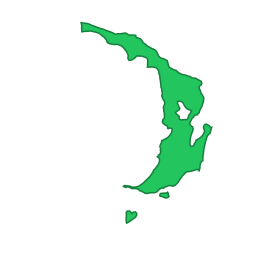 outline of Baku City, Bakı, Azerbaijan, rotated 111°
{"feature_id": "54616110B61947743987915", "entity_name": "Baku City", "entity_type": "district", "adm_level": 2, "iso_a3": "AZE", "parent_name": "Azerbaijan", "parent_adm1": "Bakı", "projection": "equal_earth", "projection_center": [49.825, 40.136], "detail": "fine", "context": "isolated", "style": "filled", "palette": "green", "viewbox_px": 256, "rotation_deg": 111, "n_neighbors": 0, "source": "geoboundaries", "source_scale": "gbopen_adm2", "svg_char_len": 5340}
<svg xmlns="http://www.w3.org/2000/svg" viewBox="0 0 256 256"><g transform="rotate(111 128 128)"><path d="M38.7,154.0L39.0,155.2L39.3,156.4L39.9,157.9L40.7,159.7L40.7,160.6L40.6,161.7L40.2,164.5L41.4,166.5L42.3,168.1L43.2,170.0L43.8,171.6L45.0,173.2L44.6,176.3L44.6,178.1L44.6,178.6L44.6,180.7L44.8,182.8L44.6,185.2L44.7,187.7L45.1,191.3L45.0,194.6L45.1,199.1L44.9,201.4L45.0,203.3L45.4,205.2L46.0,206.8L46.0,208.7L46.5,209.5L48.0,208.5L49.3,207.6L51.0,207.3L52.4,206.6L53.4,206.2L54.7,205.6L53.6,203.4L52.9,202.1L52.0,199.9L51.1,198.6L50.6,195.9L50.4,194.3L50.1,193.0L50.1,191.4L49.9,189.3L50.4,187.3L50.9,185.8L51.6,184.4L51.8,182.4L52.8,181.3L53.2,179.9L54.6,179.0L55.7,177.6L55.9,175.8L55.7,174.1L55.0,170.5L53.7,168.2L53.7,165.4L53.8,163.0L54.8,160.9L55.8,159.2L57.4,156.3L58.9,155.0L60.1,153.8L63.2,153.0L64.4,151.3L63.3,149.0L60.3,146.8L57.7,145.7L56.4,142.2L55.9,140.3L55.9,139.2L55.9,137.5L55.8,136.3L56.0,135.3L56.9,134.3L58.6,133.6L59.8,133.1L61.1,132.8L62.1,132.3L63.4,131.9L64.2,131.8L63.9,130.9L63.2,129.1L62.3,127.2L61.8,125.0L61.7,122.9L63.0,120.9L64.1,119.5L65.6,119.0L66.8,117.9L68.3,116.9L70.5,115.8L71.6,115.1L73.3,114.2L75.5,113.0L78.1,111.8L79.5,110.4L81.8,109.4L82.5,108.9L83.3,108.5L84.3,108.1L85.2,108.2L86.2,107.8L87.2,106.9L88.1,106.2L89.0,105.1L89.5,104.4L90.3,103.4L91.3,102.7L92.8,102.4L94.0,102.5L95.5,102.5L96.8,102.1L97.4,101.4L98.7,100.9L99.9,100.4L100.5,99.6L101.9,99.1L103.4,98.5L104.3,98.0L105.5,97.8L106.7,97.8L107.5,98.4L109.0,98.2L110.1,98.1L111.0,97.1L111.2,96.2L111.9,94.2L111.9,93.3L112.3,91.8L113.1,91.3L114.2,90.7L114.1,90.1L112.9,88.7L112.8,87.5L113.1,86.3L114.0,86.0L114.6,86.1L115.5,85.9L116.5,85.7L117.5,85.8L118.6,86.1L120.0,86.4L121.1,86.8L122.0,87.2L123.0,87.9L123.9,88.5L124.7,89.1L125.6,90.2L126.6,90.4L127.1,91.4L127.5,92.0L128.2,91.9L129.2,91.6L130.3,91.6L131.3,91.7L132.7,91.8L133.2,91.7L134.0,91.5L134.5,91.2L135.2,90.5L136.0,90.0L137.2,89.9L137.7,89.1L138.7,89.1L139.7,88.7L140.0,88.7L140.7,88.9L141.8,88.9L142.0,89.2L142.3,89.6L142.6,90.0L142.7,89.9L142.9,89.7L143.1,89.4L143.8,89.3L143.9,89.6L144.3,90.2L144.5,89.8L144.7,89.2L144.8,88.6L145.0,88.2L145.4,87.6L146.3,87.3L146.8,87.0L148.3,86.7L149.0,86.6L150.4,86.6L151.1,86.7L151.9,86.7L152.8,87.0L153.2,87.3L153.8,87.5L154.5,87.6L155.3,87.7L155.8,87.9L156.6,88.1L157.2,88.4L157.9,88.9L158.5,88.9L159.6,89.0L161.0,89.1L162.4,89.4L164.5,90.0L165.9,90.4L167.5,91.1L170.4,92.4L171.7,93.1L174.1,94.1L175.7,95.2L177.3,96.3L178.5,97.2L179.2,98.0L180.1,99.3L181.0,100.9L181.7,102.5L181.7,104.6L181.7,106.1L182.1,107.2L182.4,108.2L182.7,109.4L183.0,110.7L184.2,111.4L184.3,111.1L184.3,110.2L184.2,108.6L183.4,108.0L183.0,107.2L182.8,105.9L183.0,105.2L182.9,104.5L182.8,103.9L183.3,103.0L183.0,102.4L182.8,101.7L182.2,100.3L181.6,98.2L181.6,96.5L182.3,94.6L182.3,92.5L182.4,90.8L182.9,88.3L181.9,86.2L180.6,84.3L180.0,82.8L179.3,80.9L178.4,79.3L177.1,78.0L175.3,77.3L173.4,76.4L171.8,74.8L171.4,73.1L170.6,72.9L169.0,71.4L167.1,69.3L166.4,67.0L166.2,65.1L164.4,63.5L162.7,62.5L160.5,61.7L158.1,61.3L155.2,60.5L152.9,60.0L151.0,59.0L148.6,58.1L147.4,56.9L146.5,54.7L145.3,53.1L144.4,51.7L143.1,50.3L142.2,49.0L141.7,48.0L142.5,46.3L140.2,46.4L136.1,47.6L133.1,47.5L131.8,46.4L127.6,47.9L124.7,48.5L120.5,49.6L113.8,50.6L113.1,50.7L111.6,50.8L109.9,51.0L108.1,51.1L106.7,50.9L105.4,50.6L104.5,50.2L103.5,49.4L102.7,49.5L101.4,49.7L99.9,50.0L98.4,50.0L97.3,50.1L97.9,50.9L97.3,52.0L96.6,53.2L96.6,54.5L96.3,56.2L97.0,57.4L98.0,57.8L98.9,57.9L99.6,57.9L100.5,57.7L101.8,56.8L103.0,55.5L104.7,55.3L106.7,55.4L108.2,55.8L109.8,56.4L111.3,57.2L112.5,58.0L114.2,59.3L115.0,60.1L116.9,60.0L119.3,60.5L120.8,60.4L121.5,60.9L122.3,61.9L122.6,62.8L122.3,63.4L121.0,64.4L119.3,64.8L117.9,65.5L115.7,66.0L113.6,66.3L111.0,66.6L109.0,66.5L106.5,66.6L105.2,67.0L103.7,68.2L103.7,69.4L102.0,72.0L100.3,72.1L98.5,71.9L97.1,71.7L95.7,71.5L94.7,70.8L92.7,70.5L91.8,69.7L90.8,67.9L89.8,67.9L88.1,67.0L86.1,67.3L81.8,66.8L80.9,66.9L79.4,66.9L77.7,67.0L76.4,67.1L74.4,67.5L72.5,68.2L70.5,70.4L70.0,71.3L69.0,72.5L66.6,74.4L66.1,75.2L65.0,76.1L63.2,76.2L62.3,75.7L61.6,75.1L60.1,75.0L59.0,75.8L58.1,76.7L57.9,78.5L57.7,80.6L57.3,82.8L58.3,86.1L57.7,88.3L58.0,90.6L58.0,93.5L58.5,95.5L58.6,97.7L58.2,100.7L57.0,103.6L57.2,106.3L56.6,110.3L56.1,111.7L54.7,112.9L53.6,113.6L51.8,115.0L51.1,115.4L50.8,117.4L50.6,119.6L50.9,122.7L50.0,125.0L48.4,126.7L47.0,128.1L45.6,130.1L45.4,131.7L45.3,132.6L45.2,134.7L44.8,136.6L44.6,138.9L43.9,140.7L43.4,142.5L42.7,144.9L41.2,146.5L40.4,148.1L40.2,150.1L40.7,152.5L40.0,153.2L38.7,154.0ZM92.9,75.3L94.1,75.9L95.6,75.6L98.0,75.7L99.2,76.0L99.8,78.2L100.3,79.0L101.3,81.0L101.3,83.1L100.0,84.1L98.9,84.2L98.5,85.0L97.8,87.1L97.0,88.8L96.5,89.2L95.2,88.5L93.6,87.3L92.3,86.7L91.1,86.7L90.2,87.8L88.7,89.2L87.6,90.5L85.3,91.2L84.1,88.8L84.5,86.1L85.7,84.6L87.1,83.2L88.0,81.7L88.8,80.0L89.1,77.8L89.0,76.6L89.1,74.9L89.9,75.0L91.6,75.1L92.9,75.3ZM209.4,98.4L212.0,97.7L216.5,95.9L217.3,95.2L215.7,93.7L212.7,91.7L210.0,89.9L208.5,89.0L206.3,88.7L204.7,89.2L203.6,90.9L204.7,92.9L205.5,93.5L206.5,94.1L205.9,94.6L204.9,96.4L204.9,96.9L205.1,97.1L205.9,99.0L207.8,99.4L209.4,98.4ZM178.6,74.3L179.8,74.1L180.1,73.2L179.8,71.6L179.8,70.2L179.9,67.9L178.8,66.0L177.2,65.2L175.8,66.5L174.5,67.1L173.8,67.9L174.6,68.1L175.0,69.2L175.4,69.8L176.5,72.4L177.6,74.3L178.6,74.3Z" fill="#22c55e" stroke="#15803d" stroke-width="1.5"/></g></svg>